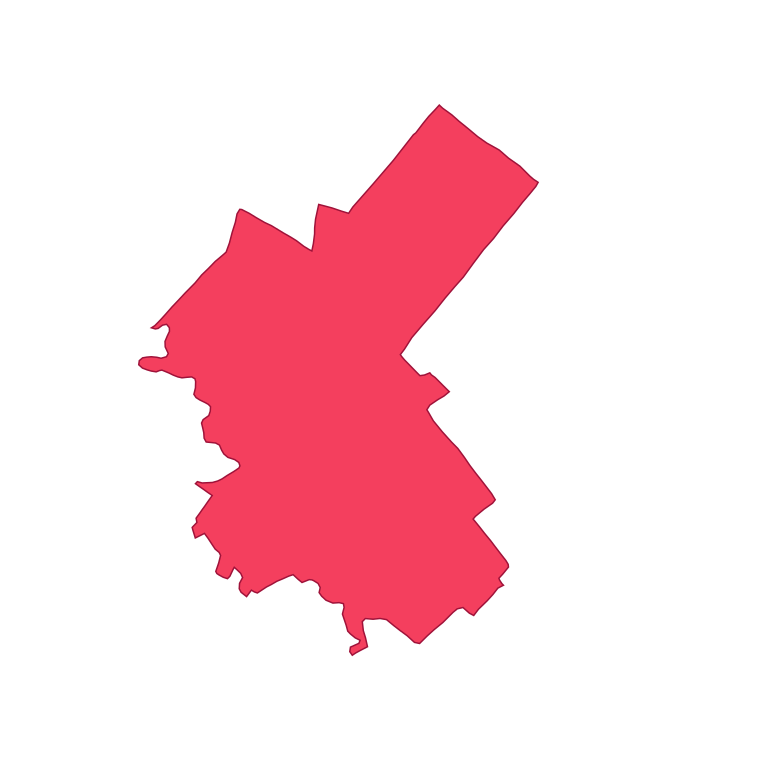 the district of Battambang, Batdâmbâng, Cambodia, rotated 133°
{"feature_id": "14789045B54080121728178", "entity_name": "Battambang", "entity_type": "district", "adm_level": 2, "iso_a3": "KHM", "parent_name": "Cambodia", "parent_adm1": "Batdâmbâng", "projection": "orthographic", "projection_center": [103.179, 13.094], "detail": "fine", "context": "isolated", "style": "filled", "palette": "rose", "viewbox_px": 768, "rotation_deg": 133, "n_neighbors": 0, "source": "geoboundaries", "source_scale": "gbopen_adm2", "svg_char_len": 3639}
<svg xmlns="http://www.w3.org/2000/svg" viewBox="0 0 768 768"><g transform="rotate(133 384 384)"><path d="M501.5,592.4L499.7,588.8L497.4,587.1L492.0,586.1L488.6,583.7L489.2,579.4L491.8,576.8L496.8,575.2L502.2,573.2L506.1,569.3L507.3,566.3L508.8,562.6L512.4,561.7L517.2,564.6L519.4,568.4L522.8,572.8L526.1,575.8L529.5,578.4L533.8,578.9L537.2,576.5L537.1,571.5L535.2,566.9L533.3,563.1L530.5,558.9L527.2,557.3L525.3,555.9L522.7,549.0L521.2,544.1L519.4,539.6L517.3,536.0L513.6,532.8L510.0,529.5L509.1,525.8L510.7,523.4L515.5,519.2L521.2,516.0L522.1,512.2L521.3,507.8L519.6,502.3L518.7,498.6L518.9,495.4L522.4,492.5L526.6,490.6L533.4,492.0L537.0,490.8L539.9,486.4L542.6,482.5L546.3,478.6L547.7,474.5L544.9,470.8L542.0,466.9L540.9,462.7L543.1,457.7L544.4,453.4L544.1,448.1L541.1,441.6L540.4,436.7L542.1,433.5L544.4,432.8L550.5,434.2L557.8,436.3L564.1,437.8L568.4,439.5L573.0,442.3L580.4,449.5L582.7,453.9L585.5,453.9L584.8,448.7L584.3,445.3L583.6,439.8L582.7,433.6L591.5,432.4L595.5,431.8L599.7,431.3L603.8,430.7L607.9,430.2L610.3,429.9L612.9,426.4L619.7,426.5L621.1,424.3L625.3,417.0L620.8,415.3L615.7,413.4L616.8,407.6L618.5,400.7L619.9,394.8L619.6,389.7L620.8,386.6L627.5,382.9L635.8,379.2L636.6,377.0L636.2,374.5L635.0,369.8L633.1,365.7L629.7,365.6L622.9,367.8L620.2,368.5L620.1,364.7L620.2,359.7L622.0,355.4L628.3,353.7L632.5,350.2L633.8,346.5L633.2,339.5L625.2,340.4L624.5,337.0L623.2,334.1L619.6,333.2L612.5,331.5L607.6,329.7L601.3,327.8L596.0,325.4L589.6,322.7L585.4,320.4L585.4,313.6L585.1,308.6L578.1,305.3L576.4,303.1L575.8,301.3L574.8,296.2L576.4,291.8L580.8,289.2L581.7,284.9L581.7,279.0L579.1,272.0L574.5,267.7L572.3,263.9L574.6,260.8L580.6,257.5L586.2,247.2L589.5,241.9L589.7,238.1L589.3,231.9L587.7,226.7L590.8,225.5L599.3,229.1L603.1,226.5L604.0,222.2L600.1,221.3L595.3,219.7L587.4,216.9L585.9,219.1L582.2,224.5L578.5,230.9L572.6,237.8L568.3,237.7L563.5,231.6L558.2,227.0L554.6,221.5L554.0,211.6L553.3,203.9L552.3,195.4L552.2,185.5L549.5,181.0L538.9,180.6L529.4,179.8L518.3,178.3L504.0,177.8L498.5,177.1L493.6,173.8L493.4,165.3L492.1,160.5L484.3,161.3L472.3,160.7L463.6,160.8L455.6,161.5L449.7,159.4L449.6,161.6L448.6,165.7L447.7,167.5L442.2,167.5L433.0,168.1L431.2,170.2L430.0,174.4L428.6,183.3L427.1,192.2L425.9,199.0L424.6,208.9L423.6,215.1L423.1,218.5L422.0,226.7L418.5,226.9L407.4,225.5L397.1,223.3L392.8,223.7L390.8,230.6L389.2,240.1L387.9,248.0L386.7,256.0L385.0,265.7L382.9,274.9L380.8,286.0L380.4,295.1L379.2,308.9L377.3,322.8L374.3,332.5L373.6,335.1L368.2,336.1L358.9,334.0L351.8,331.9L345.1,331.0L345.0,334.6L344.8,340.7L344.4,351.1L345.0,355.5L344.6,358.1L349.8,360.5L353.4,363.4L353.2,368.6L352.8,376.7L352.4,385.2L351.9,389.5L351.4,392.1L344.5,392.8L331.1,395.3L313.5,396.1L295.9,396.6L279.6,397.9L264.5,398.6L251.7,398.9L234.6,401.0L217.8,402.8L203.0,403.1L187.2,404.7L170.8,405.3L156.6,406.6L145.1,407.1L135.9,407.7L131.4,408.8L132.3,414.2L132.5,419.3L132.0,433.2L133.9,447.0L134.3,459.3L137.7,473.2L139.2,484.2L139.9,497.2L140.7,508.7L140.9,517.8L142.3,529.2L142.3,533.8L147.9,533.7L157.7,533.8L166.3,533.2L178.7,532.0L181.6,532.5L213.9,529.7L244.9,528.4L275.8,527.5L283.3,526.3L286.5,532.8L290.7,542.1L294.0,548.3L297.2,554.2L303.4,550.5L310.1,546.5L317.1,541.2L321.6,537.1L329.5,531.4L335.9,527.5L336.8,530.7L338.0,536.5L338.9,545.7L340.1,551.9L342.2,560.8L345.0,574.4L347.3,581.5L349.5,591.0L351.1,599.0L352.5,603.8L353.4,607.0L354.6,608.6L359.8,607.5L367.1,603.0L376.9,598.3L386.3,593.2L395.2,589.4L400.3,589.9L409.4,591.0L419.2,591.2L428.5,591.7L438.9,591.1L453.1,591.5L463.9,591.5L472.2,591.6L481.7,591.3L489.6,591.2L497.6,591.4L501.5,592.4Z" fill="#f43f5e" stroke="#9f1239" stroke-width="1.5"/></g></svg>